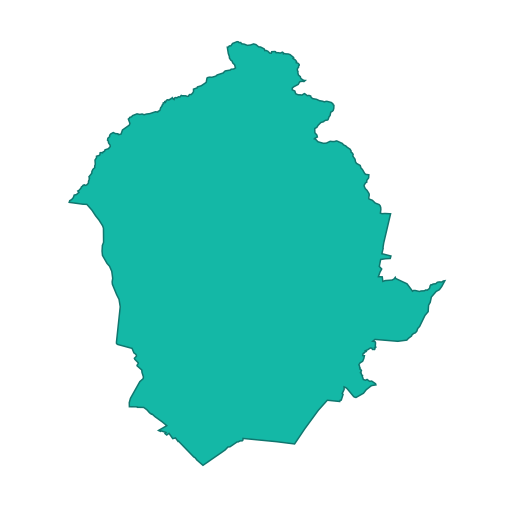 the district of Turbaco, Bolívar, Colombia, rotated 274°
{"feature_id": "7082276B46963019811413", "entity_name": "Turbaco", "entity_type": "district", "adm_level": 2, "iso_a3": "COL", "parent_name": "Colombia", "parent_adm1": "Bolívar", "projection": "robinson", "projection_center": [-75.373, 10.349], "detail": "fine", "context": "isolated", "style": "filled", "palette": "teal", "viewbox_px": 512, "rotation_deg": 274, "n_neighbors": 0, "source": "geoboundaries", "source_scale": "gbopen_adm2", "svg_char_len": 6083}
<svg xmlns="http://www.w3.org/2000/svg" viewBox="0 0 512 512"><g transform="rotate(274 256 256)"><path d="M434.5,292.8L434.5,291.4L435.8,289.0L436.5,288.2L438.0,287.7L439.4,285.8L441.4,285.0L443.1,285.0L443.6,284.5L444.9,284.2L445.9,284.3L447.3,285.3L448.6,285.2L449.3,285.8L450.1,285.7L451.2,284.4L451.7,282.7L452.7,282.9L454.2,281.7L455.6,279.2L456.3,279.8L456.8,279.5L459.3,275.9L459.8,273.9L459.7,271.4L460.0,270.3L459.6,269.2L460.8,268.9L461.2,268.1L460.1,266.1L460.4,264.0L460.2,261.8L461.2,261.2L461.3,260.4L460.9,257.4L459.4,257.1L459.3,255.6L461.1,253.5L461.8,251.5L461.5,250.5L463.2,249.7L464.8,246.0L464.8,244.1L466.9,241.2L467.4,238.8L466.1,235.8L465.5,232.6L466.5,229.7L466.7,226.8L467.9,225.9L467.7,224.1L468.4,223.5L468.5,222.2L466.4,217.8L463.9,216.3L463.7,214.7L462.5,213.9L462.3,212.8L455.9,214.3L453.2,215.5L451.6,215.7L449.6,217.2L448.7,218.6L447.0,219.3L445.3,221.3L442.2,222.4L440.9,220.6L440.6,218.2L439.7,217.4L438.6,212.8L438.1,211.9L436.3,210.5L433.9,204.6L432.6,203.3L431.2,199.5L431.2,197.3L430.7,195.5L430.1,194.7L425.7,194.2L422.0,189.5L420.6,185.8L419.6,185.5L418.1,182.0L415.7,182.2L414.4,181.6L412.5,180.1L412.5,178.7L411.9,178.0L410.6,177.4L410.4,176.2L410.9,174.7L410.7,171.1L411.0,170.2L409.3,169.0L409.4,167.5L408.2,166.0L408.5,165.0L408.2,164.1L407.6,163.5L406.4,163.4L406.7,162.6L408.1,161.4L407.3,160.9L407.1,160.2L406.3,159.6L406.1,158.6L405.4,158.2L405.7,156.9L405.4,156.2L404.3,155.5L403.7,154.2L403.3,154.3L403.3,155.0L402.8,154.9L402.3,152.8L400.7,152.6L399.9,151.8L399.1,151.8L397.1,150.5L394.5,150.0L393.4,148.2L392.7,147.9L392.9,145.7L390.6,140.1L390.0,136.9L389.1,134.5L389.7,132.5L389.1,130.2L389.5,127.4L387.4,123.0L386.2,122.2L385.4,120.3L384.7,120.2L383.7,119.1L379.5,121.0L377.7,120.5L372.4,114.0L368.2,112.9L367.5,110.7L367.6,110.1L368.3,109.8L368.3,107.2L369.2,105.0L367.6,102.5L366.2,101.6L364.9,101.7L363.1,100.0L361.1,99.8L360.3,100.7L358.6,101.0L356.3,102.8L355.0,103.0L352.7,101.2L351.4,98.0L349.9,97.6L349.2,96.2L348.2,95.7L348.4,94.1L348.1,93.3L346.0,93.2L345.5,92.8L344.4,89.9L342.8,90.0L340.5,88.7L336.2,89.3L334.5,88.8L332.9,89.0L331.1,87.3L328.9,86.4L327.1,86.4L323.3,83.8L322.1,84.5L321.7,84.2L320.6,84.3L319.0,83.7L316.9,83.7L315.0,82.1L314.5,80.6L315.0,80.0L314.9,79.4L314.4,78.5L313.6,78.1L312.7,77.0L311.4,76.6L309.3,75.0L308.4,73.7L307.1,74.9L304.7,72.5L304.1,70.4L301.5,69.7L299.5,68.2L298.2,66.3L296.5,65.9L295.6,79.6L295.7,83.7L290.2,89.2L284.9,93.2L280.9,96.9L275.4,100.9L274.0,101.5L272.9,101.9L259.0,103.0L255.8,102.0L250.1,102.1L245.9,102.8L238.1,108.0L235.6,110.6L230.6,113.2L223.7,114.6L220.2,114.3L217.8,114.7L207.7,119.7L203.2,122.4L195.9,124.1L160.2,122.8L158.9,123.0L158.1,124.2L155.2,138.8L150.8,141.0L149.7,142.8L148.6,143.6L147.7,143.7L145.5,141.8L144.5,142.3L141.2,146.0L140.5,146.0L138.8,145.0L138.2,145.0L134.3,150.0L131.9,150.4L127.6,152.1L125.8,152.0L122.6,148.9L105.3,140.7L100.9,139.8L96.8,140.2L97.2,147.1L97.2,148.0L96.8,148.2L97.1,154.6L94.9,158.0L92.2,160.7L90.9,162.7L91.2,163.1L90.6,164.0L88.5,166.7L83.9,174.2L80.5,178.8L75.3,171.1L75.0,172.5L74.7,172.1L74.4,173.0L75.0,173.2L73.7,178.5L72.5,177.6L71.2,179.4L73.0,181.6L68.0,185.7L68.9,188.4L65.6,191.2L65.9,191.6L51.2,207.9L50.5,209.4L48.3,211.3L43.5,217.7L60.4,238.8L63.5,241.3L63.9,243.4L69.2,250.1L69.3,251.2L70.4,252.9L70.7,255.2L71.5,255.8L73.1,255.8L72.2,289.5L71.2,307.6L87.2,316.8L106.4,328.9L117.1,337.2L116.7,349.7L117.9,350.0L118.2,351.1L124.0,352.5L124.8,351.6L129.0,353.2L131.6,353.0L130.7,355.3L130.0,356.2L122.5,363.3L121.9,364.9L121.9,365.7L126.6,372.8L130.3,375.3L134.4,379.8L134.9,380.8L135.8,384.6L136.9,384.2L139.1,380.5L139.3,379.9L138.9,378.1L140.6,375.4L139.7,373.8L140.3,371.7L143.5,370.4L144.3,370.6L144.6,369.8L146.5,369.0L146.8,368.4L147.4,368.9L148.0,368.7L148.9,369.2L150.3,368.3L150.6,367.4L151.7,367.6L151.9,367.2L153.5,366.9L154.7,366.2L156.6,367.2L158.4,369.7L161.2,370.7L164.1,371.1L164.1,369.5L165.7,369.5L166.7,370.1L166.8,370.8L167.6,371.1L168.4,372.5L169.1,371.7L170.1,373.7L172.2,376.5L172.1,378.0L170.9,378.7L171.0,380.8L171.8,381.2L172.6,380.6L173.5,381.9L174.1,381.3L177.8,381.3L178.9,380.7L179.1,378.4L181.1,380.5L180.8,403.4L182.6,412.3L184.5,413.8L187.0,416.7L188.4,417.2L189.8,418.8L190.4,420.2L192.1,421.6L195.0,422.4L197.1,424.1L208.5,428.7L212.5,431.6L219.0,431.6L221.9,433.0L227.3,433.8L233.2,438.2L235.2,441.3L238.5,443.4L244.5,446.1L244.1,444.5L243.0,443.2L242.9,440.5L242.4,438.7L240.9,437.3L240.4,434.6L239.5,433.4L239.6,432.6L238.7,431.9L235.7,431.3L233.8,429.1L234.0,427.9L233.0,426.2L232.6,423.0L232.0,421.5L232.7,417.2L232.6,415.6L231.8,414.6L238.8,408.6L243.3,396.9L244.4,396.4L242.7,395.3L241.5,393.5L240.5,386.6L239.5,384.3L244.0,383.4L243.9,379.5L248.5,380.8L251.8,382.3L254.2,379.7L261.2,380.6L262.3,385.3L262.9,390.1L265.4,390.6L267.1,381.4L272.5,382.3L273.4,382.1L278.0,382.5L307.5,387.3L307.4,381.5L307.0,378.8L307.4,377.1L311.1,377.3L313.2,377.0L314.8,376.3L315.9,375.2L317.1,371.3L319.7,368.2L320.7,364.9L321.5,364.4L324.8,364.7L326.1,364.4L329.3,362.1L330.8,360.3L333.3,359.0L334.1,358.9L336.7,360.2L337.3,361.3L339.1,361.2L341.8,362.9L344.9,362.9L345.1,359.6L346.3,358.4L349.9,356.0L350.9,354.7L353.6,353.6L355.4,349.8L356.9,348.7L359.5,348.0L362.4,345.6L364.2,345.8L365.6,344.7L366.2,343.6L367.5,343.5L369.1,342.4L371.0,339.1L372.0,338.0L373.0,335.5L374.3,334.3L376.3,328.9L376.4,328.0L375.8,326.8L375.5,324.8L375.6,322.0L373.5,318.3L373.1,315.4L374.3,309.8L376.8,307.1L377.0,306.1L377.6,306.6L379.0,308.9L380.9,308.3L383.1,306.1L387.3,305.7L388.5,307.7L390.7,308.8L393.7,311.4L394.7,314.1L395.5,314.7L396.3,316.1L396.5,317.5L397.0,318.3L400.0,319.2L401.3,320.1L404.6,320.5L405.8,322.2L406.8,322.9L408.7,323.3L411.8,323.2L412.3,322.4L413.2,322.1L414.4,320.4L415.2,316.3L415.2,315.2L414.5,313.4L415.0,311.9L415.4,308.4L416.5,305.5L417.0,301.4L418.4,299.7L419.4,299.4L419.9,297.6L419.5,296.0L421.3,293.3L421.4,292.9L419.9,290.8L419.7,289.9L419.9,288.7L419.7,287.4L420.3,284.8L421.6,283.8L423.2,283.3L424.4,280.5L426.1,280.5L427.4,281.8L430.1,286.1L432.9,287.5L433.5,289.8L433.4,291.7L434.5,292.8Z" fill="#14b8a6" stroke="#0f766e" stroke-width="1.5"/></g></svg>